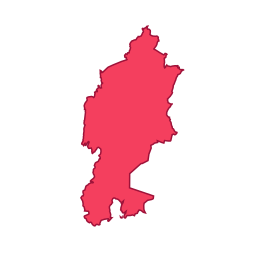 SVG path tracing the border of Kazakhstan, rotated 286°
{"feature_id": "KAZ", "entity_name": "Kazakhstan", "entity_type": "country or territory", "adm_level": 0, "iso_a3": "KAZ", "parent_name": "Asia", "parent_adm1": "", "projection": "equal_earth", "projection_center": [65.802, 47.999], "detail": "fine", "context": "isolated", "style": "filled", "palette": "rose", "viewbox_px": 256, "rotation_deg": 286, "n_neighbors": 0, "source": "natural_earth", "source_scale": "50m", "svg_char_len": 5844}
<svg xmlns="http://www.w3.org/2000/svg" viewBox="0 0 256 256"><g transform="rotate(286 128 128)"><path d="M149.7,164.9L148.5,165.4L147.8,166.3L146.9,166.0L145.2,167.8L142.9,168.9L141.6,169.8L141.4,170.1L140.2,170.6L139.8,171.0L139.7,171.7L139.4,172.2L138.1,173.3L137.3,174.5L137.1,175.2L137.4,176.0L137.2,176.3L136.4,176.3L135.0,175.6L134.4,174.9L134.7,173.4L133.7,172.2L133.0,172.4L132.7,172.3L127.7,172.6L127.2,172.3L126.6,170.1L126.0,166.6L123.4,166.6L123.4,164.4L123.9,159.7L122.3,160.5L120.7,157.5L119.5,156.8L117.6,154.7L115.1,155.8L108.6,155.3L102.2,156.2L97.9,151.6L97.4,150.4L97.1,150.1L84.6,142.2L70.9,146.0L69.7,171.3L67.3,171.7L66.7,171.5L65.8,170.4L63.9,166.8L60.1,164.2L57.8,164.5L54.4,165.6L53.3,166.2L51.2,168.1L51.2,165.9L52.2,163.6L52.3,162.7L52.2,161.3L51.7,160.9L50.5,161.0L50.1,160.5L48.6,160.5L47.6,158.9L47.2,158.5L45.5,158.4L45.7,156.3L44.6,154.5L43.6,151.4L42.9,150.9L41.1,150.5L40.8,150.3L40.7,149.6L41.0,148.8L41.6,148.5L44.0,148.5L45.6,149.3L46.7,149.1L47.5,149.1L47.0,148.7L46.4,148.5L45.1,147.2L45.0,146.5L45.1,146.1L46.3,145.1L46.6,144.4L47.3,143.5L48.0,143.6L49.0,143.2L52.6,143.2L55.1,143.8L56.6,143.7L54.8,142.6L54.5,142.1L55.2,140.7L56.1,139.4L56.7,137.9L56.7,136.4L56.5,136.0L56.6,135.5L57.1,134.7L56.7,133.5L55.9,132.8L53.7,132.6L52.9,133.2L51.9,133.7L51.2,133.2L49.9,133.0L49.3,132.3L47.1,131.8L45.7,132.3L43.9,133.3L43.0,133.3L40.1,135.2L37.3,135.7L37.3,136.5L36.9,136.3L36.4,136.6L36.6,136.9L33.5,135.4L33.0,134.9L33.1,134.3L33.6,134.1L35.0,134.5L35.3,134.4L35.4,134.0L33.7,130.4L32.0,127.9L31.7,127.6L28.5,127.2L27.5,127.6L27.1,127.3L26.7,126.3L26.9,125.1L26.7,124.4L26.5,124.1L24.8,123.2L24.7,122.2L25.3,120.7L26.2,119.6L26.8,119.2L27.2,118.4L27.2,118.1L26.3,117.0L26.5,116.2L26.9,114.9L27.6,113.9L29.0,113.0L29.3,112.6L29.4,111.6L29.6,111.2L30.6,110.4L31.1,110.3L31.6,110.6L34.3,113.9L34.8,114.1L36.5,113.4L37.0,112.9L36.3,109.1L37.3,109.1L40.0,107.6L40.6,106.4L41.0,106.1L42.7,105.8L45.2,104.6L47.9,102.0L49.7,102.5L50.2,102.9L50.3,103.5L50.5,103.6L51.8,103.6L53.9,102.4L54.9,102.2L55.5,102.3L56.2,103.4L56.6,103.6L60.4,103.6L61.3,104.1L62.0,105.0L63.3,105.6L64.1,106.4L65.4,108.0L65.6,109.3L66.0,109.6L66.4,109.2L66.5,108.8L66.4,107.4L66.1,107.0L66.6,106.5L67.7,107.0L70.1,108.7L71.7,109.3L73.5,108.4L74.1,107.6L75.9,106.5L76.5,106.7L78.5,106.2L79.3,106.4L80.6,107.3L81.6,107.1L82.6,106.0L85.2,106.2L86.1,106.8L87.7,108.6L90.5,109.0L90.9,109.3L90.7,109.7L90.8,109.8L92.3,109.3L93.1,107.9L93.6,107.6L94.7,108.5L95.4,108.7L96.5,108.7L98.0,108.5L99.4,108.0L100.3,107.5L101.3,105.2L101.2,104.6L100.2,103.8L98.5,103.5L98.3,103.2L95.8,102.5L95.5,101.8L93.9,101.0L93.7,100.8L93.9,100.5L95.7,99.6L96.9,99.4L98.6,98.2L97.6,96.1L97.7,95.7L99.0,94.3L100.7,94.2L103.5,94.5L104.1,94.1L104.1,93.8L103.7,93.5L102.0,92.7L99.8,92.4L99.6,92.1L100.0,91.4L100.8,91.4L101.5,90.9L101.2,90.6L100.1,90.8L98.8,90.3L99.5,89.5L99.6,88.3L100.1,87.9L100.6,87.8L103.5,88.4L104.0,88.0L106.2,88.0L106.9,87.6L109.1,87.4L109.6,87.0L112.8,86.6L114.5,86.0L115.8,85.7L116.7,85.9L118.1,85.7L118.8,86.0L119.2,85.8L119.6,84.9L120.7,84.3L121.8,84.3L122.8,83.9L123.0,84.1L124.3,84.0L131.4,82.8L132.1,82.4L133.6,82.2L134.1,81.7L133.9,81.1L135.4,80.8L136.3,80.2L137.5,79.7L140.0,79.9L143.4,81.1L144.3,80.8L144.8,80.4L146.0,80.2L146.9,81.3L148.3,84.4L148.2,85.9L147.8,86.5L148.0,86.8L149.2,87.1L151.8,86.7L152.4,86.8L152.7,86.6L152.9,86.2L153.2,86.1L154.3,87.3L154.4,88.3L154.6,88.4L155.3,88.1L155.1,87.5L155.4,87.2L156.8,87.4L157.9,88.2L158.4,88.3L159.2,88.3L160.3,87.6L160.7,87.8L160.6,88.5L159.3,89.2L158.9,89.8L158.8,90.5L159.3,91.4L160.6,90.6L161.6,90.4L163.3,90.6L164.0,91.2L164.3,91.1L164.5,90.2L166.3,89.1L167.3,89.1L168.1,88.7L168.9,88.2L168.9,87.6L169.1,87.5L170.3,87.4L173.0,86.2L174.1,86.0L175.7,85.4L175.6,86.1L175.0,87.2L173.9,87.1L174.2,87.9L174.7,88.4L180.5,91.8L181.3,92.5L184.6,96.4L190.2,103.5L193.2,108.0L193.6,108.1L193.6,107.6L194.3,107.2L195.3,107.0L195.4,106.6L195.1,105.8L195.2,105.5L196.6,104.8L197.3,104.8L197.8,105.4L198.6,105.4L198.7,105.7L198.5,106.8L200.1,106.9L200.5,107.7L200.4,108.1L200.6,108.3L202.9,108.1L203.8,108.4L205.8,108.3L206.3,108.1L207.0,107.3L208.3,107.3L208.9,106.7L209.9,106.7L211.8,107.3L213.0,108.0L213.3,108.7L214.3,109.7L214.9,111.1L215.3,111.5L216.7,111.7L218.0,112.4L218.8,112.6L218.8,113.3L218.9,113.7L220.3,115.4L223.9,115.9L224.2,116.2L225.2,116.2L227.1,114.5L227.5,114.4L227.8,114.6L227.8,114.9L227.3,115.5L227.4,115.8L227.9,115.8L228.4,116.3L229.5,117.6L230.8,118.0L231.3,118.9L229.9,118.7L228.8,119.1L228.4,119.8L228.7,120.3L228.6,121.4L227.9,122.5L226.5,123.0L223.9,123.4L223.4,124.6L223.2,126.5L223.8,129.3L224.3,130.3L224.3,130.8L223.6,132.1L222.3,132.3L221.3,133.1L220.2,133.7L219.5,132.7L217.8,132.6L216.1,132.7L214.5,132.4L211.2,131.1L210.9,131.3L210.7,132.8L209.1,138.1L208.2,141.9L208.3,142.4L209.9,143.1L210.0,144.0L209.6,145.1L208.2,144.5L206.6,144.9L205.7,144.4L205.5,143.8L205.1,143.6L200.9,145.1L199.7,145.1L196.8,145.9L195.9,146.7L196.6,147.3L197.9,147.3L199.2,147.9L198.7,148.3L198.6,149.0L198.8,152.1L199.7,153.5L200.7,155.8L201.0,156.7L200.9,157.5L201.3,157.7L201.6,158.5L201.5,158.9L200.7,158.8L199.6,159.3L199.6,159.8L200.5,160.2L200.5,160.5L199.0,161.0L198.7,161.5L198.6,162.2L199.3,164.9L199.1,165.3L197.4,163.7L194.8,163.2L193.5,162.0L193.2,161.3L193.0,161.2L191.7,161.2L189.8,160.6L187.1,160.6L185.9,160.4L182.9,160.2L181.6,159.8L179.1,160.2L175.5,160.1L175.2,160.1L174.5,160.9L173.0,160.8L170.1,159.8L166.8,158.0L166.5,158.3L165.4,158.3L165.1,158.7L163.4,159.6L162.8,162.5L163.2,163.7L162.8,163.7L162.1,163.1L159.8,162.7L159.2,162.1L156.7,161.3L153.9,160.9L151.3,161.5L150.1,162.9L150.0,163.4L149.4,164.2L149.4,164.5L149.7,164.9ZM40.6,146.9L40.1,147.1L39.7,146.4L39.9,145.6L40.3,145.4L40.0,145.9L39.9,146.3L40.2,146.8L40.6,146.9ZM53.9,143.2L53.5,143.1L53.3,142.7L53.6,142.4L53.9,142.4L53.9,143.2Z" fill="#f43f5e" stroke="#9f1239" stroke-width="1.5"/></g></svg>